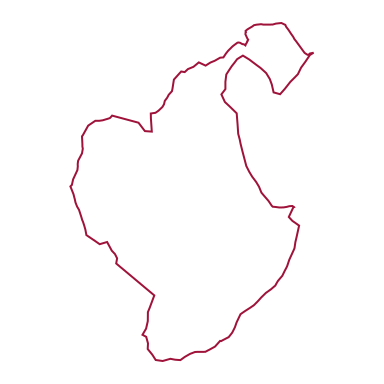 outline of Orhionmwon, Edo, Nigeria
{"feature_id": "59680162B17520648889441", "entity_name": "Orhionmwon", "entity_type": "district", "adm_level": 2, "iso_a3": "NGA", "parent_name": "Nigeria", "parent_adm1": "Edo", "projection": "natural_earth1", "projection_center": [6.057, 6.084], "detail": "fine", "context": "isolated", "style": "outline", "palette": "rose", "viewbox_px": 384, "rotation_deg": 0, "n_neighbors": 0, "source": "geoboundaries", "source_scale": "gbopen_adm2", "svg_char_len": 2912}
<svg xmlns="http://www.w3.org/2000/svg" viewBox="0 0 384 384"><path d="M309.9,53.5L309.1,54.4L307.5,54.8L304.6,52.9L301.9,49.2L297.9,43.7L296.0,41.1L294.4,39.1L293.2,36.8L291.2,34.0L289.7,31.7L288.5,29.9L286.1,26.7L285.3,24.8L284.7,24.6L281.4,23.0L275.9,23.6L272.8,24.5L269.7,24.6L266.5,24.6L263.4,24.6L261.1,24.2L256.4,24.7L254.0,25.2L252.1,26.6L249.7,28.0L247.4,29.4L245.6,30.9L245.9,32.1L245.6,32.2L245.5,33.5L245.4,34.2L246.8,37.3L247.5,38.8L248.2,39.7L247.8,40.4L247.5,40.8L247.5,41.3L247.1,41.6L247.0,42.2L246.7,42.9L246.0,43.8L245.4,45.4L243.9,44.3L242.3,44.1L240.1,42.8L238.6,42.5L237.4,42.7L232.6,46.3L228.1,50.8L225.9,53.6L223.4,57.4L220.1,57.7L214.7,60.8L210.5,62.5L205.6,65.6L198.8,62.4L193.5,66.8L187.9,69.1L184.7,72.1L181.2,71.5L178.8,74.1L177.3,75.8L173.9,79.6L172.4,89.2L171.9,91.3L171.4,91.8L168.7,94.8L167.2,97.7L164.8,100.9L164.0,104.3L162.4,107.0L158.5,110.7L155.5,112.8L153.4,113.1L150.8,113.5L150.9,118.2L151.8,131.6L144.9,131.1L138.5,122.7L112.1,115.6L110.1,117.9L109.0,118.4L102.7,120.3L99.2,120.8L95.3,120.8L88.2,125.6L82.8,135.3L82.0,136.3L82.4,144.1L82.4,146.4L82.8,148.7L82.0,153.4L79.3,158.5L78.1,160.8L77.7,164.1L77.8,166.4L77.4,170.1L73.1,179.4L71.9,184.9L70.4,186.4L73.5,194.2L74.3,197.4L74.7,198.8L75.5,202.5L77.1,206.6L79.0,209.8L80.2,213.5L81.4,217.2L82.2,220.0L83.0,221.8L84.2,225.5L85.4,229.7L86.4,235.1L95.4,241.2L99.7,244.2L107.1,242.0L111.8,250.7L115.0,254.1L117.1,258.3L116.2,263.5L154.3,295.4L149.6,308.0L147.9,312.1L147.8,321.1L146.1,328.6L144.0,332.2L142.5,334.8L146.2,336.8L148.0,343.4L147.7,349.0L152.4,354.8L155.7,360.0L162.7,361.0L170.4,358.8L175.1,359.7L180.4,360.1L184.8,356.9L190.2,353.8L191.6,353.3L195.0,352.0L196.8,351.9L199.0,351.9L200.0,351.9L201.7,351.9L205.4,351.8L207.4,350.7L209.4,349.7L215.0,346.6L220.1,340.9L221.1,341.1L223.1,340.0L228.7,337.1L231.7,333.3L232.3,332.5L234.9,327.3L236.6,322.4L240.5,314.2L244.8,311.2L245.6,310.7L249.8,308.0L253.9,305.2L257.7,301.4L261.2,297.5L265.9,292.9L271.2,289.1L274.2,286.5L275.3,285.6L276.3,283.7L277.9,281.0L278.8,279.9L282.3,275.8L284.9,270.5L286.2,268.1L287.2,266.0L289.3,259.7L293.6,250.3L294.5,248.2L295.4,242.0L296.5,237.4L299.1,225.6L292.3,220.8L288.8,217.0L293.3,207.4L294.0,207.1L293.8,206.9L292.3,206.0L289.3,206.2L286.7,206.9L283.5,207.4L279.4,207.5L275.8,207.0L272.7,206.7L271.7,205.7L268.5,200.9L264.6,196.4L261.4,192.6L259.0,186.7L256.1,181.9L252.2,176.7L249.3,171.9L246.3,166.0L244.5,159.1L242.4,151.1L240.6,143.9L239.7,139.4L238.2,133.8L237.9,129.3L237.6,124.8L236.7,113.3L233.0,109.7L229.3,106.1L224.9,102.0L221.4,94.4L225.4,89.1L225.4,81.8L226.3,74.5L229.2,70.0L231.8,66.1L234.5,62.7L237.1,59.2L239.1,57.9L241.1,56.7L242.9,55.6L249.1,59.4L253.2,62.5L256.8,65.2L260.6,68.0L266.0,72.9L266.2,73.1L269.8,79.0L271.8,84.5L273.6,92.4L280.1,94.2L284.8,88.9L290.3,81.9L294.8,77.4L297.9,74.2L301.1,67.6L305.2,62.0L309.9,55.0L313.6,52.7L309.9,53.5Z" fill="none" stroke="#9f1239" stroke-width="2"/></svg>